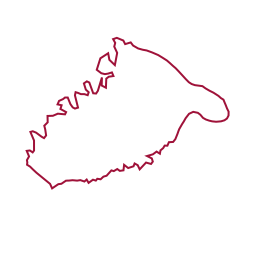 Tiradentes do Sul, Rio Grande do Sul, Brazil (Albers equal-area conic projection), rotated 109°
{"feature_id": "56859067B95685031401719", "entity_name": "Tiradentes do Sul", "entity_type": "district", "adm_level": 2, "iso_a3": "BRA", "parent_name": "Brazil", "parent_adm1": "Rio Grande do Sul", "projection": "albers", "projection_center": [-54.122, -27.357], "detail": "fine", "context": "isolated", "style": "outline", "palette": "rose", "viewbox_px": 256, "rotation_deg": 109, "n_neighbors": 0, "source": "geoboundaries", "source_scale": "gbopen_adm2", "svg_char_len": 2052}
<svg xmlns="http://www.w3.org/2000/svg" viewBox="0 0 256 256"><g transform="rotate(109 128 128)"><path d="M187.1,212.3L191.3,213.1L193.3,212.0L195.6,211.5L196.4,208.0L198.0,204.7L200.1,200.0L206.2,183.5L209.8,180.1L203.8,175.6L202.4,172.8L198.0,169.5L196.8,166.4L195.4,163.4L194.3,158.9L192.8,156.1L192.8,151.8L190.2,150.3L192.7,147.4L188.3,144.3L188.2,141.3L186.0,140.5L185.4,137.2L182.0,135.4L180.1,132.7L173.5,129.9L173.4,127.4L170.3,124.8L171.2,121.8L169.5,118.5L164.1,119.7L165.8,114.8L162.4,110.3L159.4,110.2L160.0,106.7L163.3,103.5L154.8,99.7L154.5,94.5L151.7,93.6L149.0,95.6L148.3,100.9L144.8,95.9L141.0,93.3L141.9,89.5L138.6,90.0L135.6,88.2L132.7,87.6L131.9,85.0L128.1,84.7L126.5,80.8L123.1,79.6L117.4,79.3L114.6,79.3L112.3,79.2L106.6,78.1L103.8,77.4L100.0,76.7L94.7,74.9L91.5,71.6L90.9,66.9L91.9,63.9L94.0,60.4L94.6,57.2L94.6,53.6L94.3,50.6L93.4,46.7L91.4,42.2L89.3,39.3L86.8,37.5L83.5,37.0L79.8,38.2L77.2,40.8L74.7,42.9L72.6,44.8L70.1,47.0L69.5,49.8L68.2,52.9L66.8,58.6L66.2,63.1L65.3,67.6L64.2,71.2L64.8,74.3L65.7,78.7L65.7,82.1L64.9,85.4L63.0,89.2L60.6,93.6L57.8,98.8L55.9,102.5L54.6,105.8L52.9,109.7L51.5,113.2L50.3,118.2L49.2,123.2L48.7,129.9L48.6,135.6L49.2,139.5L49.5,144.3L48.4,150.0L46.2,153.3L49.6,158.0L46.8,160.9L46.4,167.9L48.8,171.0L51.7,167.8L55.5,167.5L60.5,162.7L72.8,160.9L69.6,167.8L63.8,171.1L71.1,176.8L83.1,176.5L84.9,171.1L84.6,167.4L83.1,164.6L80.7,161.3L83.6,158.7L85.8,162.9L88.4,164.6L97.1,162.0L96.4,166.7L88.7,169.1L102.7,168.6L105.8,169.4L106.5,172.2L97.6,179.4L97.3,182.1L100.2,184.2L105.4,180.4L107.0,176.8L110.1,176.8L110.2,180.4L111.3,183.6L111.1,186.7L111.2,189.2L114.4,188.8L125.0,181.9L126.9,184.5L126.5,187.0L124.2,190.2L118.8,194.9L119.7,197.5L121.8,198.8L124.8,202.0L128.6,202.3L128.1,198.2L132.0,198.1L133.1,191.7L135.6,192.0L137.3,199.0L140.9,203.0L142.8,208.0L148.8,205.8L153.1,207.9L156.3,205.8L161.7,203.0L164.9,204.1L164.4,206.8L162.3,213.4L162.1,217.0L163.5,219.0L170.4,212.8L179.9,209.5L182.1,210.2L181.2,213.5L182.6,216.3L187.1,212.3Z" fill="none" stroke="#9f1239" stroke-width="2"/></g></svg>